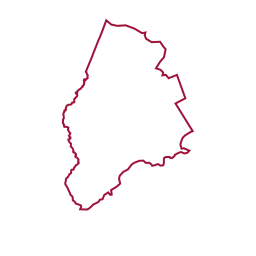 York, Maine, United States of America (Natural Earth projection), rotated 25°
{"feature_id": "52423323B79738313755225", "entity_name": "York", "entity_type": "district", "adm_level": 2, "iso_a3": "USA", "parent_name": "United States of America", "parent_adm1": "Maine", "projection": "natural_earth1", "projection_center": [-70.788, 43.437], "detail": "fine", "context": "isolated", "style": "outline", "palette": "rose", "viewbox_px": 256, "rotation_deg": 25, "n_neighbors": 0, "source": "geoboundaries", "source_scale": "gbopen_adm2", "svg_char_len": 3348}
<svg xmlns="http://www.w3.org/2000/svg" viewBox="0 0 256 256"><g transform="rotate(25 128 128)"><path d="M62.8,39.6L63.6,49.3L64.2,58.8L64.1,59.5L64.2,62.0L64.2,62.3L65.4,81.1L65.5,83.8L66.0,94.8L66.5,95.2L66.8,95.1L68.1,96.6L69.0,97.0L69.3,97.4L69.5,98.8L69.8,99.1L70.1,99.3L70.3,99.6L69.4,102.1L69.3,101.8L68.1,102.1L67.8,102.6L67.8,103.1L67.8,103.5L68.0,103.7L68.8,104.4L69.1,105.1L69.0,106.0L69.7,106.6L69.7,107.6L69.1,109.1L69.4,109.4L69.5,109.8L68.9,110.3L68.6,112.4L68.1,112.8L67.2,114.4L66.6,115.7L66.7,116.3L67.0,116.6L66.9,117.0L65.7,117.9L65.9,118.5L66.3,118.8L67.3,119.0L67.6,118.9L68.2,119.8L68.4,120.6L67.7,123.0L67.2,123.8L67.1,124.6L67.3,125.3L68.2,126.4L68.3,127.1L68.3,127.6L66.7,128.5L66.6,129.0L66.8,129.9L66.3,130.8L65.6,131.4L64.9,131.7L64.0,132.3L63.2,133.6L63.1,134.2L63.2,136.3L63.4,136.8L64.0,137.3L64.0,137.7L64.0,138.5L63.1,138.8L63.0,139.3L63.0,139.8L63.5,140.5L63.4,141.1L63.3,142.1L63.4,142.3L63.7,142.9L63.7,143.1L64.2,143.7L65.2,145.3L65.7,146.4L65.5,147.6L65.8,148.4L67.0,151.2L67.7,151.6L68.4,151.8L68.9,152.7L69.1,153.4L69.8,153.8L70.1,153.4L73.0,152.8L73.8,152.9L73.9,153.5L74.1,154.3L74.2,154.7L75.6,155.9L77.1,157.0L77.3,157.1L77.9,157.1L78.0,159.6L77.8,160.0L78.4,160.4L78.8,160.9L79.4,160.7L79.8,160.8L80.2,161.7L80.0,162.4L79.5,162.8L78.8,163.7L79.1,164.1L80.5,165.3L81.0,165.7L82.2,166.0L83.0,166.3L83.5,167.7L83.7,168.7L83.9,168.9L85.7,169.5L87.4,170.7L87.5,170.8L87.9,171.2L88.2,172.1L88.3,172.7L88.5,172.9L89.1,173.2L89.8,172.8L91.5,173.4L92.3,174.2L92.2,174.4L91.9,174.6L91.9,174.8L92.4,176.3L92.7,176.4L93.4,176.3L94.5,176.6L95.1,176.8L95.4,176.9L95.5,177.0L96.5,177.5L96.8,178.3L97.0,179.7L97.7,179.9L97.8,180.1L98.1,180.6L98.1,180.9L97.4,182.7L96.8,183.1L96.7,183.3L95.9,187.0L96.0,187.6L96.1,187.8L96.2,188.2L96.2,188.7L95.9,189.0L95.3,189.2L94.6,189.6L94.5,189.8L94.4,190.3L95.1,192.0L95.4,193.3L95.3,193.6L95.1,193.8L94.8,193.9L94.4,194.7L94.5,195.3L94.3,197.5L93.3,200.2L93.5,201.1L94.1,202.3L94.2,203.8L94.5,204.6L94.7,205.1L96.1,206.3L98.3,207.6L101.2,210.2L103.2,211.7L103.4,212.0L104.1,212.9L106.3,213.5L106.6,213.7L107.3,214.5L108.4,216.6L108.6,216.9L109.4,217.0L111.5,217.5L112.3,218.5L113.1,218.5L115.7,218.2L118.0,218.1L118.6,218.6L118.8,219.1L119.0,221.9L125.1,219.3L126.5,217.8L128.4,213.6L128.6,212.4L128.8,212.1L131.9,208.3L132.7,206.4L132.7,205.0L135.0,203.3L134.8,198.7L137.3,194.8L140.2,196.1L141.4,195.3L138.9,191.4L141.9,187.0L144.1,182.6L144.3,181.5L142.6,179.4L141.2,177.5L140.7,174.7L142.2,170.1L142.4,169.5L145.4,165.7L146.8,159.4L148.6,156.6L151.9,153.2L152.2,152.9L155.7,151.1L156.1,151.2L158.9,152.1L162.1,150.5L164.0,151.0L164.5,151.1L165.9,152.0L166.9,151.3L170.5,148.0L173.3,148.4L175.7,146.9L175.2,144.0L174.1,142.2L173.4,139.8L174.7,138.2L177.6,136.9L178.5,136.8L178.9,137.2L180.7,136.5L182.0,133.9L181.8,132.5L184.7,128.7L186.3,127.4L189.9,127.2L192.1,125.6L193.2,122.6L187.2,122.8L185.3,124.1L183.4,121.9L182.7,121.2L182.2,119.8L181.7,115.5L181.8,113.3L181.9,113.1L182.9,110.5L186.5,105.0L188.0,103.5L180.8,98.9L180.7,98.8L160.7,85.7L165.3,79.6L167.4,76.8L160.9,70.3L149.9,59.2L143.8,65.7L139.7,63.8L137.0,65.7L136.5,62.9L132.8,61.5L128.1,62.1L129.1,54.2L130.7,48.6L128.8,40.7L126.0,39.5L120.6,36.3L113.2,40.2L106.7,39.5L103.9,36.8L103.4,34.1L100.6,36.1L91.9,35.2L82.6,35.9L75.0,40.0L69.0,41.3L62.8,39.6Z" fill="none" stroke="#9f1239" stroke-width="2"/></g></svg>